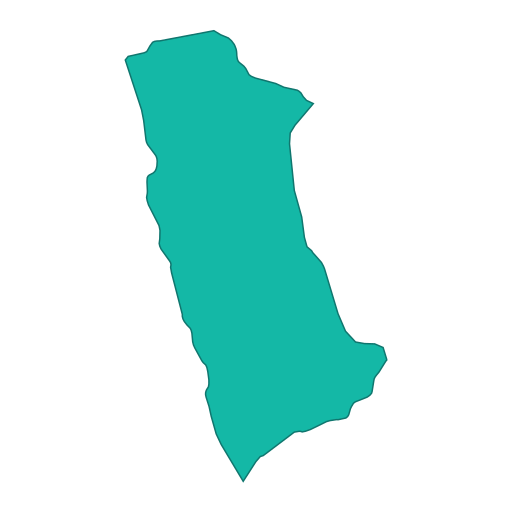 map outline of Phatthalung (Equal Earth projection)
{"feature_id": "THA-383", "entity_name": "Phatthalung", "entity_type": "Province", "adm_level": 1, "iso_a3": "THA", "parent_name": "Thailand", "parent_adm1": "", "projection": "equal_earth", "projection_center": [100.024, 7.498], "detail": "fine", "context": "isolated", "style": "filled", "palette": "teal", "viewbox_px": 512, "rotation_deg": 0, "n_neighbors": 0, "source": "natural_earth", "source_scale": "10m", "svg_char_len": 1933}
<svg xmlns="http://www.w3.org/2000/svg" viewBox="0 0 512 512"><path d="M313.3,103.6L295.0,125.2L290.2,133.0L289.5,143.7L294.3,190.5L301.7,217.0L304.4,237.4L307.0,246.8L311.6,250.7L312.7,252.6L321.4,262.4L323.4,266.1L324.5,268.8L338.0,313.7L345.5,331.2L355.5,342.0L364.5,343.6L374.7,343.9L383.1,347.5L386.7,359.4L386.7,360.2L385.9,361.0L378.9,372.2L376.4,375.2L375.1,377.0L374.2,378.8L373.8,380.7L372.1,391.4L371.6,393.2L369.9,395.2L367.2,397.1L355.4,401.8L353.5,403.2L351.5,406.5L350.4,408.8L348.7,414.8L347.6,416.6L345.9,418.0L338.1,419.7L336.5,419.6L330.0,420.6L326.5,421.6L310.4,429.5L305.6,431.2L302.2,431.9L300.7,431.4L299.1,431.3L294.3,432.1L263.2,455.6L260.3,456.5L255.9,461.6L243.2,481.3L221.2,444.5L216.2,433.9L211.2,416.2L209.1,406.6L206.1,397.1L205.6,394.8L205.6,392.9L206.0,391.2L206.6,389.7L208.4,386.9L208.9,384.1L208.9,380.0L207.8,371.6L206.9,367.5L205.8,365.0L203.2,362.6L201.8,360.7L194.8,347.9L193.5,345.0L192.7,341.8L191.9,333.2L191.2,330.4L190.3,328.4L187.0,325.0L184.3,321.5L183.0,319.0L182.3,316.4L182.3,314.3L171.6,272.9L170.6,267.3L171.0,264.8L170.7,262.9L169.9,261.4L161.1,249.1L159.8,246.2L159.2,243.5L159.8,238.7L160.0,230.5L159.5,227.8L159.0,225.5L148.5,204.9L147.2,200.7L146.6,197.4L147.3,193.3L147.4,191.1L147.0,182.0L147.1,179.7L147.3,177.6L148.1,176.1L149.2,175.1L153.2,173.0L154.3,172.0L155.3,170.8L156.2,168.9L156.9,166.1L157.2,161.3L156.9,158.5L156.2,156.4L155.4,155.0L147.7,144.7L146.6,142.4L146.0,140.0L143.7,120.7L141.6,109.9L125.3,60.0L128.2,56.4L144.2,52.8L146.7,51.6L147.6,50.2L150.0,45.9L152.6,42.3L154.5,41.4L157.0,41.0L159.8,40.9L213.9,30.7L220.5,34.7L228.4,38.0L231.5,40.8L234.2,44.4L234.9,45.9L236.1,49.1L236.5,51.1L236.7,53.2L236.8,55.6L237.1,57.7L237.5,59.6L238.2,61.2L239.2,62.4L243.9,66.2L245.8,68.6L249.0,74.7L251.4,76.4L255.5,78.1L275.7,83.5L284.0,87.3L297.3,90.2L299.1,91.3L300.9,92.9L303.2,96.7L306.5,100.4L313.3,103.6Z" fill="#14b8a6" stroke="#0f766e" stroke-width="1.5"/></svg>